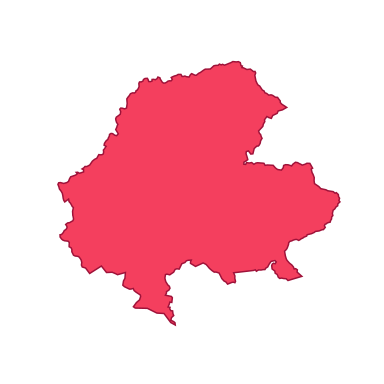 outline of Santa Maria, Rio Grande do Sul, Brazil, rotated 163°
{"feature_id": "56859067B70904349952345", "entity_name": "Santa Maria", "entity_type": "district", "adm_level": 2, "iso_a3": "BRA", "parent_name": "Brazil", "parent_adm1": "Rio Grande do Sul", "projection": "robinson", "projection_center": [-53.836, -29.777], "detail": "fine", "context": "isolated", "style": "filled", "palette": "rose", "viewbox_px": 384, "rotation_deg": 163, "n_neighbors": 0, "source": "geoboundaries", "source_scale": "gbopen_adm2", "svg_char_len": 5750}
<svg xmlns="http://www.w3.org/2000/svg" viewBox="0 0 384 384"><g transform="rotate(163 192 192)"><path d="M93.6,267.7L94.9,268.9L96.3,273.6L97.5,274.9L98.0,276.6L98.4,279.6L97.8,285.2L96.3,287.2L96.5,288.9L98.0,289.2L99.1,290.8L100.3,292.5L103.7,293.1L106.5,295.7L107.9,296.4L107.0,297.7L108.2,298.5L108.0,301.6L109.5,303.1L111.5,303.4L114.8,304.8L117.1,304.3L118.7,304.2L121.9,303.9L123.8,303.8L125.5,305.2L126.9,305.0L128.4,306.3L129.9,305.5L132.6,306.2L134.3,306.3L136.3,305.3L138.5,304.3L139.9,304.6L143.5,305.6L145.1,305.2L149.2,303.8L150.9,303.6L153.7,302.4L155.0,302.8L157.7,305.3L159.0,304.8L161.2,302.8L163.6,303.9L164.9,305.0L166.3,305.0L167.7,305.4L168.2,307.7L170.9,308.5L172.7,308.0L174.9,308.1L176.7,307.9L178.4,307.6L177.9,305.4L179.6,304.4L181.3,305.0L182.9,305.0L184.1,304.4L185.7,304.1L187.3,304.4L188.3,305.6L188.8,307.4L189.3,309.1L189.3,310.6L191.0,311.9L192.3,310.6L194.2,310.1L195.8,311.0L197.3,311.3L197.8,309.8L199.5,309.7L201.1,310.3L201.1,312.4L201.5,313.8L203.7,314.3L205.5,313.8L206.4,312.5L208.2,312.1L210.0,312.6L211.0,311.5L211.4,310.0L211.7,308.4L213.0,306.8L214.5,305.5L215.8,305.3L216.7,304.0L218.0,303.5L219.9,304.2L222.1,304.0L223.8,302.5L225.5,301.4L227.1,300.1L227.6,298.0L228.1,295.6L230.1,291.4L232.1,291.2L234.1,292.5L235.6,293.1L236.9,292.3L236.7,289.6L237.9,287.3L240.1,286.5L242.5,285.7L243.6,284.3L243.8,282.8L243.8,280.6L243.1,278.4L244.1,277.3L245.1,275.8L246.7,274.0L246.1,271.7L245.5,269.2L247.6,267.9L249.3,268.9L250.8,271.0L252.3,271.7L254.0,271.2L254.8,269.5L256.0,268.4L257.2,266.8L258.8,266.3L260.0,265.4L261.5,264.1L262.4,262.4L260.8,260.8L261.9,259.9L263.2,258.8L264.5,258.0L264.8,256.1L265.7,254.4L267.0,254.0L268.6,254.3L270.2,255.0L273.2,252.1L275.7,251.7L278.3,250.6L281.9,247.7L285.1,247.1L286.9,247.7L288.2,246.8L290.4,246.2L289.2,245.0L289.8,242.9L294.1,242.8L295.5,244.3L297.0,244.6L296.3,243.0L298.3,242.2L303.6,242.0L305.3,240.4L307.0,238.2L309.0,237.6L312.2,237.7L315.1,239.5L316.8,239.8L318.0,238.5L317.8,235.8L317.9,233.6L316.9,231.0L316.4,228.7L316.6,226.3L317.0,223.8L317.1,221.7L316.6,219.7L312.1,221.3L312.4,218.7L311.6,217.1L311.1,215.1L310.8,213.2L310.0,211.8L310.7,210.5L311.9,208.4L312.4,206.2L312.8,204.7L312.9,202.9L313.2,200.7L314.4,199.3L316.4,198.9L317.9,198.5L320.0,198.8L322.3,197.9L321.7,195.9L321.9,194.4L323.5,193.0L325.4,192.5L326.9,190.9L329.2,189.5L330.7,189.7L331.3,187.5L330.5,185.2L329.6,183.8L328.1,182.6L326.5,181.9L324.9,181.2L324.1,179.6L324.9,177.5L325.5,175.6L323.9,173.9L323.7,172.2L324.4,169.9L324.1,168.3L323.8,166.2L322.4,164.9L321.1,164.4L319.3,163.4L318.4,161.3L317.9,159.5L318.0,156.9L319.1,154.5L318.9,152.4L316.0,150.4L313.7,144.0L300.3,147.7L297.3,140.0L291.8,138.6L288.6,135.9L287.4,134.7L279.2,134.5L281.4,129.0L283.5,127.0L285.4,123.1L284.3,121.2L280.2,117.4L278.7,117.0L276.4,116.9L276.2,114.7L274.9,112.7L272.5,109.8L271.5,108.6L271.7,107.0L273.7,104.2L277.5,102.5L281.6,99.4L280.2,97.6L268.7,93.8L261.0,86.5L254.3,84.0L250.5,73.4L246.9,69.7L246.5,72.0L247.4,73.4L249.7,75.6L248.3,77.9L245.6,79.2L245.8,81.2L245.3,84.0L246.9,84.7L247.5,86.8L246.7,88.1L248.5,89.0L246.4,91.6L245.4,93.2L243.6,92.3L241.7,96.6L242.2,98.1L247.6,101.1L246.1,102.6L245.5,104.2L242.8,104.9L241.2,106.4L241.2,108.5L242.3,110.2L243.3,114.0L243.1,117.6L241.5,120.8L240.0,120.8L237.5,119.3L233.0,120.7L230.8,122.9L228.9,123.0L226.8,122.0L222.7,126.4L219.4,126.6L217.4,127.9L215.5,127.8L212.6,127.1L213.8,125.7L214.3,124.2L212.6,122.3L210.4,119.8L202.1,120.9L199.7,118.6L198.8,116.7L197.8,114.2L197.0,112.8L195.7,110.8L194.2,108.9L192.4,108.4L189.8,106.6L189.2,103.3L188.8,100.5L187.4,97.5L185.9,96.1L184.9,93.5L182.4,93.7L180.1,93.9L178.7,93.6L177.5,92.7L176.5,93.8L176.3,97.0L175.5,99.2L175.8,102.6L157.8,99.3L156.0,99.0L154.2,99.1L153.6,97.4L151.2,98.0L148.8,97.2L146.8,97.0L144.9,96.5L143.7,97.6L141.5,98.2L139.6,100.2L137.9,101.6L136.6,102.5L134.2,102.3L132.7,102.2L131.9,100.5L133.4,99.1L134.9,100.1L136.4,99.5L137.3,98.3L137.9,95.0L135.9,92.2L136.2,90.0L134.6,88.2L134.4,85.3L133.4,83.7L131.5,83.5L129.8,82.5L127.3,81.5L126.1,79.3L111.6,79.2L114.9,84.7L114.0,86.8L115.3,88.4L116.8,88.5L116.9,90.6L117.9,93.1L119.6,95.5L120.4,97.3L121.1,98.8L121.4,100.4L121.4,103.5L120.8,108.3L118.5,109.5L117.3,110.6L115.1,113.5L114.3,115.3L112.7,116.2L110.9,116.1L109.2,116.4L107.2,116.4L105.7,116.0L104.1,114.5L102.7,114.8L101.0,115.4L99.6,115.5L98.0,116.1L95.3,116.3L94.3,117.5L89.9,117.2L86.9,117.6L85.5,118.2L81.8,117.6L78.7,117.9L77.3,117.6L74.9,119.2L75.3,120.9L74.3,122.2L72.8,122.3L71.6,122.9L68.6,122.8L67.9,124.1L66.5,125.3L65.6,127.5L64.2,128.2L64.0,130.5L63.1,132.0L62.4,133.3L60.5,134.0L58.5,135.7L56.7,136.2L56.0,138.0L53.4,139.3L54.0,140.9L52.7,142.9L53.2,144.7L52.8,146.8L54.2,149.2L55.5,149.0L56.9,151.1L61.8,153.5L63.3,155.0L67.8,157.5L69.1,160.1L72.4,164.2L71.9,167.3L70.9,170.0L71.1,173.5L71.5,175.4L71.3,179.1L69.7,179.5L70.9,184.9L73.7,185.9L75.5,185.5L78.8,185.5L79.8,186.7L81.2,187.9L82.4,189.2L84.4,190.2L87.6,189.0L89.1,187.8L92.1,189.9L94.6,190.8L96.6,190.6L97.6,188.6L100.1,186.8L103.6,188.5L105.1,190.5L106.6,193.8L112.1,195.8L114.3,196.1L114.8,198.4L116.4,199.1L120.8,200.8L122.4,201.0L124.7,200.4L126.3,202.7L128.9,203.0L131.2,204.2L132.6,202.7L134.3,203.4L133.7,205.3L131.7,205.8L129.2,206.6L129.1,208.3L129.1,213.0L128.2,214.8L126.0,214.8L124.7,211.1L122.6,210.7L119.8,215.4L116.7,216.9L115.0,216.6L113.8,217.4L112.4,218.9L111.6,220.6L110.5,221.8L109.3,222.8L109.6,224.5L109.6,227.0L110.4,228.4L110.5,230.9L105.1,234.0L103.9,236.1L101.8,238.0L101.6,239.8L98.3,242.3L96.8,240.7L94.6,239.2L92.4,241.6L87.6,242.3L85.9,244.3L81.5,244.1L76.7,245.2L80.6,249.9L81.4,251.8L81.0,253.3L81.8,255.3L82.5,257.5L84.5,258.2L86.7,260.9L88.0,261.8L90.3,262.2L91.8,264.5L93.2,265.4L93.6,267.7Z" fill="#f43f5e" stroke="#9f1239" stroke-width="1.5"/></g></svg>